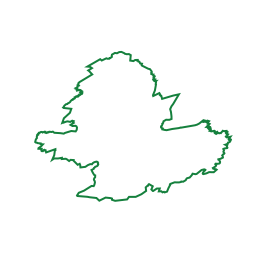 the district of Taurupes pag., Ogre, Latvia, rotated 337°
{"feature_id": "27541924B63996115519048", "entity_name": "Taurupes pag.", "entity_type": "district", "adm_level": 2, "iso_a3": "LVA", "parent_name": "Latvia", "parent_adm1": "Ogre", "projection": "natural_earth1", "projection_center": [25.305, 56.909], "detail": "fine", "context": "isolated", "style": "outline", "palette": "green", "viewbox_px": 256, "rotation_deg": 337, "n_neighbors": 0, "source": "geoboundaries", "source_scale": "gbopen_adm2", "svg_char_len": 5754}
<svg xmlns="http://www.w3.org/2000/svg" viewBox="0 0 256 256"><g transform="rotate(337 128 128)"><path d="M41.5,99.0L41.5,99.6L40.8,100.1L40.3,101.2L40.3,101.6L38.7,102.5L37.1,104.6L37.5,105.4L38.7,106.2L38.9,106.6L41.6,108.1L41.3,108.7L43.3,109.8L40.8,110.9L37.7,111.6L37.4,112.1L40.3,113.4L39.6,114.1L39.5,115.2L40.0,115.3L39.9,115.7L40.6,116.0L41.1,115.4L42.3,115.4L42.3,116.0L43.4,116.2L43.1,118.5L52.9,119.1L52.5,120.1L51.9,120.1L49.5,124.2L45.9,127.6L48.1,127.2L51.6,128.7L55.5,129.6L54.9,130.7L58.7,132.0L59.6,133.1L60.9,135.4L62.7,134.9L65.3,136.2L65.0,136.5L67.3,142.2L69.5,142.1L69.5,143.6L68.8,145.7L69.0,145.8L73.6,147.1L76.6,146.5L79.1,146.5L80.7,147.3L81.8,146.6L83.6,146.3L85.8,146.6L86.7,147.3L86.8,147.7L86.6,148.1L86.8,148.5L86.2,149.4L86.4,149.8L85.5,150.7L84.6,151.0L82.6,150.9L81.8,151.4L81.0,151.5L80.5,152.2L78.0,152.4L78.1,154.9L78.5,157.9L79.3,158.8L78.5,160.5L77.6,160.9L76.6,161.8L76.4,162.9L76.6,163.8L76.3,165.2L74.8,167.2L73.7,168.1L71.8,167.1L63.0,168.5L57.4,168.4L54.7,170.2L54.8,170.8L63.8,175.5L65.7,176.8L71.6,180.1L73.2,183.7L80.2,183.3L84.7,185.8L85.7,186.7L85.2,187.8L87.7,190.0L99.3,193.4L102.0,191.8L108.2,194.4L114.5,194.2L120.1,193.0L121.1,189.6L123.6,188.7L123.9,188.9L124.9,188.0L125.4,187.9L128.0,191.3L125.5,193.7L126.2,195.6L126.5,195.8L130.9,195.0L133.6,196.1L131.6,198.4L134.0,199.3L134.6,200.7L136.2,200.8L136.6,201.6L139.1,201.8L141.7,199.2L144.5,196.9L144.4,196.6L145.0,196.0L149.6,196.2L153.6,198.0L155.7,198.4L156.1,198.1L157.8,199.0L160.7,198.6L162.1,197.5L162.8,197.3L165.4,197.7L168.2,196.4L169.6,195.3L172.1,196.9L173.2,197.1L179.3,195.4L181.8,195.8L182.4,196.1L182.9,196.8L182.6,197.1L181.2,197.4L179.7,198.3L179.0,199.1L179.0,199.5L179.4,199.9L182.5,200.4L185.4,200.3L189.6,202.2L193.3,201.0L193.0,200.5L190.6,198.8L190.5,198.0L193.4,197.6L194.2,197.2L194.6,196.7L194.2,195.4L194.7,195.1L196.6,196.0L198.3,196.4L198.8,196.2L199.5,195.3L199.6,194.8L199.3,193.0L198.8,192.4L198.9,192.1L201.1,192.5L203.8,192.3L204.2,190.9L204.0,190.1L205.0,189.5L206.1,189.4L206.9,188.9L206.5,187.2L207.6,186.1L207.5,184.6L208.6,184.5L211.5,185.2L211.8,185.0L211.8,183.5L212.9,182.3L211.6,182.1L211.0,181.4L212.5,181.5L213.8,181.1L214.4,180.5L216.0,180.7L217.5,179.7L218.2,178.9L218.1,178.6L217.7,178.4L217.1,178.8L216.6,178.8L216.2,178.3L216.2,177.8L218.9,176.1L217.6,175.9L216.9,176.3L216.4,175.7L215.2,175.2L214.7,174.2L215.2,173.9L216.2,174.2L216.6,174.0L216.9,173.3L217.5,173.0L217.1,172.7L217.2,172.3L216.4,172.0L216.1,170.7L216.6,170.3L217.4,170.7L217.9,170.7L218.1,170.5L217.7,170.0L217.7,169.2L214.9,168.3L214.2,167.6L211.5,169.0L211.1,168.6L209.8,168.5L209.2,167.7L208.9,167.6L206.8,167.9L206.5,167.4L208.6,166.7L208.6,166.4L205.9,166.5L205.8,166.2L206.7,165.8L206.7,164.6L206.4,164.3L203.4,163.7L202.1,162.6L203.6,162.0L204.0,160.4L203.6,160.2L202.6,160.7L202.0,160.6L201.6,159.4L203.2,159.4L203.7,159.0L202.0,157.9L200.9,157.6L201.3,157.4L201.7,157.6L202.2,157.1L203.6,156.8L204.6,156.2L203.0,155.1L204.2,154.0L205.3,153.4L203.9,152.2L203.3,152.3L203.1,153.2L202.7,153.3L202.1,152.9L201.4,151.8L200.2,152.1L199.2,151.5L199.7,151.2L200.8,151.4L201.4,151.0L200.5,150.3L195.4,151.7L193.0,151.9L190.9,151.7L176.9,148.4L176.8,148.2L174.6,147.9L168.4,146.2L162.7,145.1L161.0,144.1L159.1,142.7L159.8,142.0L158.8,140.9L158.7,140.1L159.1,139.4L159.6,139.5L161.3,137.9L161.3,137.4L162.3,137.1L163.3,135.7L166.3,135.3L169.2,136.6L171.6,136.7L172.6,134.2L173.8,130.1L174.2,127.1L176.5,125.0L178.9,123.6L188.0,116.9L182.2,115.8L170.8,114.5L171.2,111.5L170.7,111.2L170.4,110.5L170.8,110.5L170.5,108.1L163.7,108.4L163.8,107.6L167.4,104.0L170.8,98.8L170.6,98.5L172.0,96.3L171.8,95.9L171.3,95.9L171.9,95.7L170.9,95.4L170.7,95.1L171.2,94.7L170.5,94.7L170.3,94.1L170.6,94.0L170.4,93.5L171.0,93.2L170.4,92.9L171.1,92.2L171.1,91.8L171.7,91.7L172.6,91.0L172.1,90.6L172.4,90.3L172.0,89.9L172.2,89.7L172.2,89.3L172.1,89.1L172.3,88.8L171.4,88.5L171.1,87.8L170.7,87.5L171.1,87.1L170.8,86.9L170.8,86.4L171.8,85.6L171.9,85.2L171.2,82.4L169.8,81.4L165.2,76.0L165.1,75.3L166.0,74.3L164.4,73.3L164.4,71.4L163.5,70.9L163.5,70.2L162.9,69.7L163.4,69.1L161.2,68.2L159.1,68.5L156.4,66.8L159.0,62.0L157.7,60.3L155.7,59.6L154.0,58.3L153.9,57.8L151.7,55.4L149.6,54.7L147.1,54.9L145.3,53.8L141.9,54.2L141.1,55.4L141.0,56.2L139.1,56.7L138.4,56.4L137.9,56.9L136.1,56.2L135.3,55.4L130.2,55.6L129.3,53.8L114.6,55.6L116.9,56.8L118.2,58.8L113.9,59.5L114.4,60.3L116.0,64.7L101.2,66.8L99.8,67.4L99.8,67.7L99.2,68.4L99.2,69.0L98.9,69.0L99.1,69.3L98.8,69.3L98.9,69.7L98.0,69.6L97.7,70.4L97.2,70.5L97.1,70.9L96.4,70.9L96.7,71.2L96.2,71.6L95.5,71.6L95.9,72.0L95.8,72.5L96.1,72.6L95.8,72.9L96.1,73.2L96.0,73.4L96.8,73.3L96.8,73.8L97.9,73.8L99.1,74.5L99.3,74.9L98.7,75.0L98.9,75.4L98.3,76.1L98.9,76.3L98.7,76.4L99.0,76.5L98.9,76.8L99.6,76.7L99.5,77.1L99.9,77.3L99.6,77.7L98.7,77.7L99.3,78.3L99.0,78.6L97.6,78.4L97.2,78.8L96.4,78.9L95.5,78.8L95.5,78.4L95.2,78.5L95.5,78.7L95.4,79.1L94.1,79.6L92.9,79.0L92.7,78.6L91.9,78.8L91.8,79.1L90.9,78.9L90.8,79.2L90.2,79.6L90.4,80.0L90.2,80.1L88.8,79.8L88.4,80.4L87.4,80.4L87.2,80.2L85.5,80.9L85.0,81.4L83.5,81.8L82.3,81.8L81.6,82.2L80.3,81.9L78.1,82.6L77.1,83.5L76.3,83.8L76.6,84.4L83.3,88.2L80.5,91.3L72.8,94.0L69.5,97.6L71.0,97.6L71.0,97.9L73.7,98.0L75.0,98.3L77.2,99.8L79.5,99.5L80.7,100.5L79.6,101.3L80.0,102.1L76.3,102.7L77.7,104.5L80.6,105.5L81.2,106.4L81.2,107.7L80.1,109.6L78.5,110.7L74.6,108.6L68.0,107.9L66.7,108.1L63.7,106.3L58.3,103.6L57.4,102.0L56.0,101.8L54.4,100.8L53.5,101.0L51.8,100.8L52.0,100.5L51.8,100.5L50.7,100.5L50.4,100.3L50.6,100.1L50.5,99.8L50.0,99.5L50.3,99.1L49.8,98.8L48.5,98.8L48.0,98.5L47.6,98.7L47.0,97.9L46.4,97.7L45.8,97.6L45.2,97.9L44.2,97.6L43.9,98.2L43.3,98.0L42.9,98.2L42.6,98.5L42.8,98.6L42.7,98.9L42.2,98.6L41.5,99.0Z" fill="none" stroke="#15803d" stroke-width="2"/></g></svg>